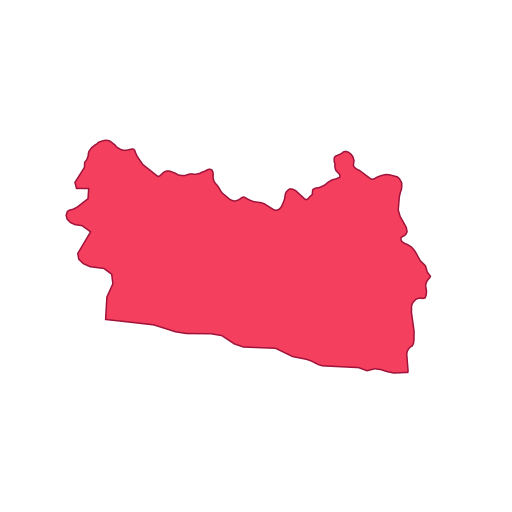 an SVG outline of Castellón, rotated 64°
{"feature_id": "ESP-5814", "entity_name": "Castellón", "entity_type": "Autonomous Community", "adm_level": 1, "iso_a3": "ESP", "parent_name": "Spain", "parent_adm1": "", "projection": "robinson", "projection_center": [-0.258, 40.248], "detail": "fine", "context": "isolated", "style": "filled", "palette": "rose", "viewbox_px": 512, "rotation_deg": 64, "n_neighbors": 0, "source": "natural_earth", "source_scale": "10m", "svg_char_len": 2812}
<svg xmlns="http://www.w3.org/2000/svg" viewBox="0 0 512 512"><g transform="rotate(64 256 256)"><path d="M427.2,170.6L425.6,174.2L421.6,183.4L417.1,189.2L412.8,193.6L409.4,198.7L407.8,206.5L401.3,212.7L383.9,244.3L381.0,247.5L374.3,252.6L371.0,255.9L362.4,267.2L347.5,278.9L332.3,307.2L325.4,314.1L312.6,321.6L306.2,330.4L295.3,352.3L288.8,361.6L273.0,378.2L247.1,419.0L227.5,408.0L218.2,396.8L209.1,393.7L200.5,398.2L192.9,409.8L187.1,414.6L181.2,416.7L175.6,415.1L161.8,394.1L152.5,399.0L148.4,405.0L144.6,408.1L140.2,409.6L136.2,408.8L133.2,405.9L133.0,403.3L133.8,400.1L133.7,395.5L130.9,381.9L122.0,376.8L116.6,387.7L110.5,386.5L101.2,371.4L96.8,369.0L95.3,366.0L92.3,362.8L90.3,361.7L88.7,360.2L86.5,356.1L85.6,351.8L85.5,349.8L84.8,348.0L84.9,345.9L85.7,341.3L86.8,339.1L88.5,337.0L94.3,334.1L97.0,333.5L100.3,331.4L101.0,330.9L103.2,328.4L104.3,325.7L105.4,320.7L106.3,319.2L108.1,318.7L110.1,319.0L114.3,319.1L124.0,317.7L141.4,309.4L141.9,307.6L140.6,303.4L140.2,301.0L140.6,298.6L141.7,296.5L145.9,292.5L149.3,290.1L151.4,287.0L152.6,284.4L153.2,279.7L154.3,277.4L156.1,274.7L157.1,270.1L156.9,268.0L157.3,265.9L157.2,261.5L157.7,259.5L159.2,258.0L161.6,257.9L163.9,258.7L166.2,260.0L170.0,261.0L171.4,260.9L173.3,260.6L175.4,259.9L177.7,259.5L182.4,259.2L184.8,258.7L193.9,254.6L195.9,252.8L197.5,250.7L197.9,247.5L197.7,245.1L197.2,243.0L197.7,241.0L203.1,237.1L206.2,234.2L210.2,228.2L212.6,225.7L222.5,219.6L223.9,217.7L224.1,214.7L223.3,212.4L221.8,210.2L218.7,206.7L217.0,205.1L213.2,202.5L211.6,200.6L210.8,198.3L210.5,196.1L212.0,193.8L214.6,191.7L226.2,187.2L227.5,186.0L227.4,184.2L226.6,182.4L225.4,178.6L225.1,178.3L221.4,176.1L221.0,174.4L221.2,172.3L221.9,170.3L222.3,168.1L222.4,163.7L222.0,161.6L221.4,159.5L220.9,155.1L221.2,152.8L221.8,150.4L221.9,146.2L220.4,145.2L218.5,145.3L214.2,146.7L212.0,146.4L209.8,145.8L208.0,144.6L205.8,144.4L203.7,143.6L201.8,142.4L201.1,140.6L201.4,136.3L201.3,134.0L200.8,131.9L201.2,129.6L203.3,127.4L206.1,126.0L209.1,125.4L213.2,126.1L217.3,128.8L219.4,128.7L222.3,127.3L224.3,125.6L237.1,119.0L238.3,117.1L238.4,115.0L238.2,112.7L238.6,108.1L239.7,103.6L240.8,101.6L242.2,99.6L246.9,94.2L249.6,93.2L254.2,93.0L257.6,94.6L260.0,96.2L261.8,98.1L265.6,101.2L277.0,108.0L283.6,109.1L296.1,108.4L300.3,109.5L301.9,111.3L302.8,113.6L302.7,115.7L303.1,117.6L304.8,118.5L307.0,118.6L309.8,116.9L311.8,115.1L314.0,113.6L316.1,112.4L319.1,111.5L322.5,110.9L332.0,110.5L339.1,108.0L345.6,109.1L350.7,108.1L351.8,109.5L352.5,111.5L353.9,113.9L356.8,116.5L362.3,118.1L365.5,120.0L367.8,122.4L367.4,124.4L366.2,126.2L365.2,128.6L365.0,131.4L366.9,135.9L369.2,138.2L375.1,141.1L392.9,146.9L400.7,150.8L403.6,152.8L405.3,154.9L405.3,156.9L406.2,159.3L408.0,161.9L410.2,163.5L425.9,169.7L427.2,170.6Z" fill="#f43f5e" stroke="#9f1239" stroke-width="1.5"/></g></svg>